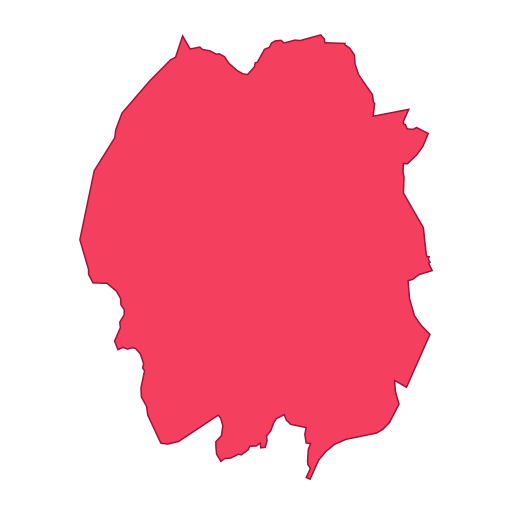 outline of Glencullen-Sandyford Lea-7, Dún Laoghaire–Rathdown, Ireland, rotated 91°
{"feature_id": "5873133B89010299854845", "entity_name": "Glencullen-Sandyford Lea-7", "entity_type": "district", "adm_level": 2, "iso_a3": "IRL", "parent_name": "Ireland", "parent_adm1": "Dún Laoghaire–Rathdown", "projection": "robinson", "projection_center": [-6.233, 53.242], "detail": "fine", "context": "isolated", "style": "filled", "palette": "rose", "viewbox_px": 512, "rotation_deg": 91, "n_neighbors": 0, "source": "geoboundaries", "source_scale": "gbopen_adm2", "svg_char_len": 1928}
<svg xmlns="http://www.w3.org/2000/svg" viewBox="0 0 512 512"><g transform="rotate(91 256 256)"><path d="M130.5,85.9L124.7,97.8L126.6,100.9L126.3,107.0L122.0,109.0L121.4,110.9L118.3,110.8L106.7,105.8L114.2,141.3L101.5,140.0L100.0,141.3L92.9,142.3L73.4,156.3L62.5,160.3L53.3,161.1L46.3,166.1L43.2,170.9L41.9,170.7L41.6,190.9L38.0,191.4L33.8,195.2L39.8,215.5L39.5,220.9L42.5,231.7L39.9,234.8L40.6,240.5L42.8,244.2L47.1,246.2L49.2,251.1L62.3,258.0L62.9,260.2L66.7,260.8L74.7,267.5L74.1,272.4L70.8,278.3L63.5,286.8L57.3,290.9L54.4,296.4L55.0,299.0L51.6,305.8L50.5,313.1L48.1,315.8L50.2,325.5L37.2,333.2L58.7,339.9L61.3,344.8L82.9,365.4L115.5,392.5L132.2,398.4L140.3,399.3L173.5,419.2L242.8,432.4L272.3,423.2L277.3,423.1L285.7,418.5L285.9,404.5L293.7,394.8L301.0,390.6L307.2,390.2L311.9,386.8L317.1,386.8L324.5,391.0L330.2,390.4L343.5,395.9L352.1,392.4L349.7,387.4L351.3,383.0L349.9,377.5L350.4,375.0L356.2,369.7L365.7,366.5L370.0,367.4L372.6,365.4L389.8,368.7L399.0,368.1L408.3,362.8L417.1,361.4L443.1,348.7L444.9,347.7L445.6,341.0L442.8,330.1L415.8,291.0L418.7,288.5L426.4,286.2L436.2,287.4L442.4,292.9L447.2,292.8L454.9,291.9L462.0,287.5L459.1,283.9L458.5,278.0L454.6,270.2L455.1,267.2L449.7,260.2L446.4,259.1L445.9,252.4L443.0,248.6L447.7,247.9L447.2,243.5L440.5,241.7L435.7,242.3L430.5,238.2L422.0,235.2L418.3,232.8L414.1,225.0L419.6,222.7L423.7,218.4L426.7,202.8L433.4,204.1L442.1,202.6L442.6,198.2L448.4,200.3L460.3,200.9L463.6,200.5L467.4,197.9L476.6,201.9L478.2,198.0L459.2,189.9L450.6,183.1L443.0,174.3L437.7,162.7L430.9,132.3L427.1,126.2L420.3,119.7L401.7,110.4L388.7,114.3L378.0,115.3L384.6,103.2L331.3,80.7L322.5,89.7L313.1,96.5L295.8,101.8L278.0,103.5L276.7,99.0L271.8,92.8L267.5,79.6L260.3,83.3L259.4,81.9L256.2,83.6L253.7,82.9L253.7,85.1L251.4,85.8L224.7,89.2L190.5,109.7L174.8,109.4L169.0,110.5L161.0,110.2L161.2,106.3L151.9,96.9L143.2,90.9L130.5,85.9Z" fill="#f43f5e" stroke="#9f1239" stroke-width="1.5"/></g></svg>